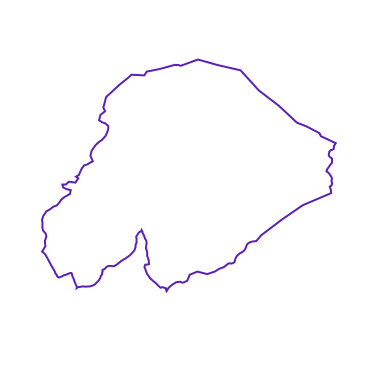 outline of Asunción Cacalotepec, Oaxaca, Mexico, rotated 111°
{"feature_id": "50627088B57748910151999", "entity_name": "Asunción Cacalotepec", "entity_type": "district", "adm_level": 2, "iso_a3": "MEX", "parent_name": "Mexico", "parent_adm1": "Oaxaca", "projection": "orthographic", "projection_center": [-95.904, 17.039], "detail": "fine", "context": "isolated", "style": "outline", "palette": "violet", "viewbox_px": 384, "rotation_deg": 111, "n_neighbors": 0, "source": "geoboundaries", "source_scale": "gbopen_adm2", "svg_char_len": 3869}
<svg xmlns="http://www.w3.org/2000/svg" viewBox="0 0 384 384"><g transform="rotate(111 192 192)"><path d="M134.1,306.2L145.0,305.0L147.7,302.1L152.9,305.1L158.3,304.5L159.2,300.7L158.9,297.9L160.4,293.8L162.3,293.1L163.4,292.7L167.6,292.6L170.7,292.8L171.4,293.1L176.0,294.9L178.7,296.9L183.0,298.9L189.4,300.5L194.6,299.8L198.9,295.6L201.1,297.5L203.9,299.8L205.9,302.3L209.4,303.3L213.5,303.6L216.7,303.7L219.2,305.8L220.0,303.1L225.0,304.2L226.5,310.6L230.3,312.5L231.5,315.7L233.9,314.0L234.3,310.4L233.7,305.9L237.6,305.2L241.8,308.8L245.7,311.2L248.5,311.9L252.9,313.3L255.2,316.0L259.1,318.4L262.2,321.0L267.9,322.3L272.0,322.0L274.3,320.5L278.7,319.0L281.4,317.2L283.2,313.7L285.8,312.0L290.6,311.8L295.0,309.5L300.3,310.3L301.3,310.6L302.7,306.8L307.4,301.2L311.3,296.7L314.1,293.2L316.1,290.9L317.2,290.3L317.3,289.5L317.6,288.9L318.0,288.5L318.7,288.1L319.0,287.6L319.5,286.5L319.6,286.0L319.3,285.4L318.5,284.4L317.9,283.7L317.0,282.8L315.8,282.0L315.0,280.7L314.2,279.8L312.9,278.5L312.1,277.5L311.4,276.9L311.2,276.6L310.9,275.8L311.0,275.3L311.3,274.9L311.6,274.7L312.6,274.1L313.7,273.2L314.3,272.4L315.1,271.8L315.6,271.3L316.3,270.7L317.5,269.7L318.2,269.1L318.7,268.6L319.3,267.9L320.3,267.2L320.6,266.7L321.3,265.9L321.9,265.5L322.3,265.3L323.0,265.2L321.7,264.3L321.0,263.0L320.3,261.9L319.8,261.0L319.1,259.8L318.9,258.4L318.1,256.6L317.4,254.9L317.0,254.1L315.7,251.9L314.5,250.9L313.6,250.1L313.1,249.5L311.5,248.9L309.7,248.1L308.3,247.5L307.4,247.2L304.7,246.8L302.9,247.1L301.9,246.6L300.7,246.4L299.7,247.0L298.4,246.9L297.7,247.4L297.0,247.7L294.9,245.8L293.1,245.2L292.0,244.6L290.9,243.2L290.2,241.7L289.9,240.1L289.4,238.7L288.7,237.7L287.5,237.0L286.1,235.7L284.7,235.1L283.1,234.1L281.8,233.4L280.3,232.2L279.3,231.5L278.4,230.6L277.7,230.1L275.2,228.5L273.7,227.5L272.4,226.9L271.2,226.4L269.1,225.5L266.7,224.8L265.3,224.9L263.9,224.9L261.3,225.8L259.7,225.6L258.3,225.8L257.4,226.4L255.6,226.9L254.2,227.9L253.4,228.1L251.7,227.6L250.4,227.5L248.9,227.0L247.9,226.5L247.0,225.7L247.0,225.2L245.7,225.3L246.8,224.1L247.8,223.5L248.9,222.3L250.3,220.7L251.7,219.8L252.8,218.7L253.5,217.6L254.4,216.9L255.6,216.2L257.5,215.7L259.1,215.4L260.8,214.9L261.6,214.4L263.0,213.2L264.1,212.5L265.8,211.5L266.9,211.4L268.5,210.3L269.9,209.1L271.0,208.0L272.2,207.6L273.2,207.0L273.9,206.7L274.5,206.6L274.9,206.4L275.4,207.2L276.3,208.7L276.6,209.6L279.1,209.5L280.4,208.2L282.8,206.2L284.5,204.8L286.0,202.3L287.4,200.4L288.2,198.4L289.1,196.2L289.8,193.9L290.9,191.1L291.6,189.9L292.6,187.0L291.5,185.5L291.3,184.2L291.3,181.7L293.1,180.8L293.7,180.2L290.1,179.6L287.8,178.5L285.3,177.0L281.9,174.4L280.0,170.9L280.1,170.0L280.2,169.2L279.9,168.1L279.4,167.4L278.7,166.6L277.6,165.7L276.5,164.6L270.1,164.5L264.4,158.5L263.2,148.4L258.1,142.2L254.0,139.1L250.8,135.4L246.0,132.6L245.3,131.7L244.9,130.8L244.7,129.5L244.0,128.6L243.3,128.0L242.4,127.2L241.2,127.3L240.2,127.4L239.0,127.6L238.0,127.5L237.3,127.4L236.1,127.3L234.8,126.8L233.6,126.1L231.7,125.1L230.2,123.7L228.4,122.5L226.5,121.9L224.4,121.8L221.7,121.9L220.2,121.4L218.3,120.1L216.9,118.3L214.7,114.4L207.4,111.8L202.0,108.4L185.5,98.2L165.8,84.7L165.5,84.4L163.7,82.9L143.2,61.7L142.5,62.0L141.0,62.6L139.3,64.0L137.6,65.3L136.8,64.6L135.5,64.2L133.9,64.1L131.8,65.8L131.2,65.9L129.5,66.0L127.8,67.4L126.7,69.1L125.8,70.2L125.0,71.9L124.9,72.9L124.3,74.0L123.4,73.8L122.6,74.0L120.2,73.4L119.2,73.1L117.7,72.8L116.8,72.5L115.5,72.2L114.6,71.8L111.5,72.9L110.5,73.4L110.3,74.4L109.9,75.8L109.4,76.8L108.2,77.7L105.1,78.2L103.2,77.5L102.1,75.9L101.1,75.2L99.3,75.6L97.8,76.0L96.1,75.5L94.9,75.3L94.2,84.9L93.7,91.7L91.4,94.1L89.7,108.9L89.7,118.8L80.3,142.0L73.3,165.9L61.0,190.2L64.3,213.6L66.2,233.9L78.3,247.9L78.3,250.1L79.6,253.8L89.0,266.6L95.8,277.4L100.2,278.3L104.2,290.5L108.7,292.8L117.4,297.9L134.1,306.2Z" fill="none" stroke="#5b21b6" stroke-width="2"/></g></svg>